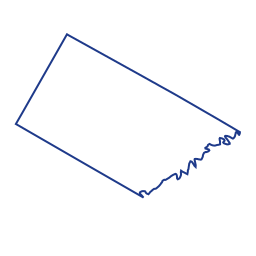 outline of Matacos, Formosa, Argentina, rotated 300°
{"feature_id": "61730980B89566951406384", "entity_name": "Matacos", "entity_type": "district", "adm_level": 2, "iso_a3": "ARG", "parent_name": "Argentina", "parent_adm1": "Formosa", "projection": "robinson", "projection_center": [-62.047, -23.907], "detail": "fine", "context": "isolated", "style": "outline", "palette": "blue", "viewbox_px": 256, "rotation_deg": 300, "n_neighbors": 0, "source": "geoboundaries", "source_scale": "gbopen_adm2", "svg_char_len": 2757}
<svg xmlns="http://www.w3.org/2000/svg" viewBox="0 0 256 256"><g transform="rotate(300 128 128)"><path d="M75.4,28.9L75.4,113.2L75.5,174.4L75.5,176.2L76.6,173.2L77.1,171.1L78.2,170.5L79.1,171.0L79.7,171.3L80.1,171.6L80.6,172.2L80.8,172.5L81.2,173.2L81.6,174.1L81.7,174.6L81.1,175.5L80.7,176.3L80.6,177.5L80.9,178.5L80.9,178.8L81.7,179.0L83.3,179.2L83.6,179.2L85.3,179.9L86.6,180.2L87.6,180.7L88.3,181.0L89.1,182.1L89.4,182.4L89.5,182.5L90.7,183.0L91.9,183.4L93.0,183.8L94.0,184.0L94.6,184.1L95.6,184.3L96.9,184.3L97.2,184.4L97.7,184.6L98.5,184.5L99.3,184.3L99.8,184.4L100.1,184.6L100.4,184.8L101.1,185.1L101.4,185.4L101.5,185.9L101.9,186.5L103.9,187.6L105.3,188.4L106.5,188.9L107.7,189.3L108.5,189.7L108.6,189.8L109.6,190.3L110.8,191.1L112.0,192.0L112.1,192.9L111.5,193.8L110.4,194.7L109.7,195.2L108.8,195.8L108.5,196.8L110.0,197.7L111.7,197.7L112.6,197.6L113.7,197.4L114.8,196.9L116.2,195.8L117.6,195.3L117.4,197.2L117.6,199.1L117.6,200.6L117.7,202.5L120.0,201.7L120.7,201.3L121.1,201.1L121.7,200.9L122.2,201.0L122.9,200.8L124.3,200.2L127.9,198.8L128.9,198.8L130.4,198.7L130.7,199.9L130.3,201.2L130.0,201.7L129.6,202.4L129.2,203.3L128.5,204.4L128.1,206.0L129.7,205.2L132.6,202.6L133.8,201.5L134.5,201.3L135.1,202.0L135.7,203.3L136.0,203.9L136.0,204.2L136.1,204.7L136.5,205.5L136.9,206.7L137.1,206.9L137.5,207.3L138.2,207.3L138.4,207.3L139.5,207.2L140.5,207.1L141.3,206.8L141.9,206.5L142.9,206.4L143.7,206.3L144.6,206.3L146.0,207.2L146.4,208.0L146.9,208.4L147.1,208.5L147.3,208.8L147.6,209.0L148.1,209.3L148.6,209.5L149.3,209.6L149.8,208.7L149.3,206.8L148.9,205.4L149.4,204.9L150.7,205.5L151.1,205.8L151.7,206.0L152.3,206.0L152.9,205.8L153.5,205.8L155.0,206.6L155.0,208.5L155.2,209.5L155.3,210.0L155.5,210.6L156.1,211.9L156.6,212.5L157.4,213.2L157.9,213.7L158.8,214.9L159.7,215.7L159.9,215.9L160.9,215.3L161.9,214.7L162.4,214.4L162.8,214.1L163.1,213.7L163.6,213.3L164.6,212.6L165.3,212.6L166.0,214.6L166.1,217.0L165.3,218.0L163.2,217.6L162.7,218.5L163.0,220.5L163.2,221.2L163.3,221.9L163.6,222.4L164.1,223.1L165.2,224.0L165.9,223.5L166.2,222.7L166.6,222.0L166.8,221.5L167.1,220.9L167.4,220.3L167.7,219.6L168.0,218.8L168.4,217.6L169.2,216.2L169.6,216.1L169.9,216.3L170.6,217.7L170.8,218.3L170.9,219.1L171.2,220.1L171.2,220.9L171.2,221.9L171.2,223.1L171.2,223.9L171.2,224.0L171.3,224.2L172.2,224.6L173.3,224.7L173.9,224.8L175.2,224.5L175.7,224.3L176.4,224.1L177.4,223.9L177.7,223.7L178.0,223.6L178.5,223.7L179.0,224.1L178.8,224.7L178.7,225.2L177.9,226.8L177.6,227.3L177.7,227.7L179.0,227.6L180.4,227.0L180.4,226.1L180.4,224.4L180.4,223.8L180.6,200.9L180.6,200.7L180.6,189.7L180.6,186.1L180.6,165.1L180.6,151.9L180.3,133.3L180.3,128.9L180.2,126.8L180.1,118.0L178.6,31.0L178.6,28.3L87.5,28.9L75.4,28.9Z" fill="none" stroke="#1e3a8a" stroke-width="2"/></g></svg>